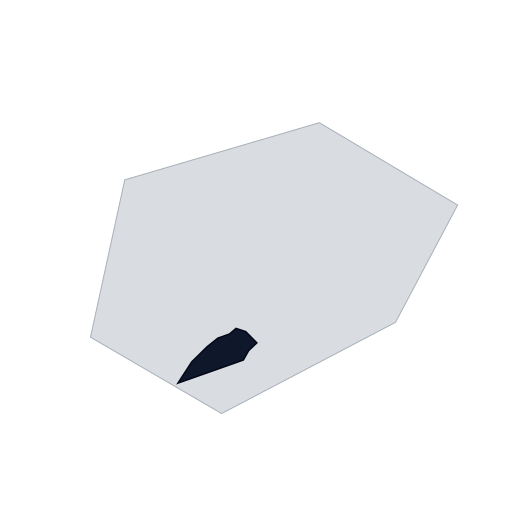 where Montegiardino sits in San Marino, rotated 40°
{"feature_id": "SMR-4889", "entity_name": "Montegiardino", "entity_type": "state/province", "adm_level": 1, "iso_a3": "SMR", "parent_name": "San Marino", "parent_adm1": "", "projection": "mercator", "projection_center": [12.471, 43.912], "detail": "fine", "context": "in_parent", "style": "filled", "palette": "ink", "viewbox_px": 512, "rotation_deg": 40, "n_neighbors": 0, "source": "natural_earth", "source_scale": "10m", "svg_char_len": 447}
<svg xmlns="http://www.w3.org/2000/svg" viewBox="0 0 512 512"><g transform="rotate(40 256 256)"><path d="M330.9,398.8L181.4,424.6L106.5,282.0L218.8,113.2L377.7,87.4L405.5,217.1L330.9,398.8Z" fill="#d9dde1" stroke="#a8b0b8" stroke-width="1"/><path d="M312.5,322.0L311.2,333.2L313.2,343.8L277.9,403.6L274.8,378.4L276.9,356.6L279.6,343.3L285.8,332.8L287.2,324.3L296.7,320.5L312.5,322.0Z" fill="#0f172a" stroke="#020617" stroke-width="1.5"/></g></svg>